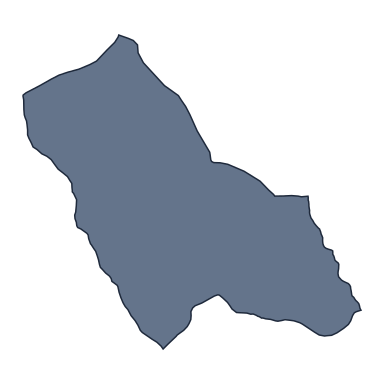 the district of Ngatshang, Mongar, Bhutan
{"feature_id": "84629894B52428030855326", "entity_name": "Ngatshang", "entity_type": "district", "adm_level": 2, "iso_a3": "BTN", "parent_name": "Bhutan", "parent_adm1": "Mongar", "projection": "albers", "projection_center": [91.33, 27.328], "detail": "fine", "context": "isolated", "style": "filled", "palette": "slate", "viewbox_px": 384, "rotation_deg": 0, "n_neighbors": 0, "source": "geoboundaries", "source_scale": "gbopen_adm2", "svg_char_len": 2873}
<svg xmlns="http://www.w3.org/2000/svg" viewBox="0 0 384 384"><path d="M308.0,196.2L301.4,196.8L298.1,196.1L291.6,195.6L283.4,196.0L274.7,196.1L273.6,194.5L268.5,189.9L260.1,181.2L244.0,171.2L227.8,164.3L220.2,162.8L213.7,162.6L211.6,161.5L210.8,159.9L210.1,154.6L209.7,152.2L197.2,131.0L189.9,114.7L185.7,106.6L181.3,100.2L178.4,95.6L164.4,85.6L143.4,62.8L138.1,52.9L137.5,44.9L133.3,40.5L128.1,38.3L119.8,35.4L118.8,35.0L118.1,37.1L114.7,42.4L107.3,49.7L96.5,61.1L89.8,64.6L78.8,69.2L68.1,72.1L59.1,75.1L51.5,79.0L39.1,86.0L26.2,92.7L23.2,95.0L23.0,96.0L23.7,99.9L23.9,109.8L24.3,114.9L25.2,117.8L26.5,120.9L27.0,124.3L27.6,130.0L27.6,134.9L28.8,138.0L31.2,142.7L33.1,147.0L37.0,149.5L41.8,153.8L46.8,156.2L51.2,159.6L52.7,161.7L55.0,164.9L58.1,169.1L61.7,171.9L67.5,176.6L69.8,180.4L71.8,183.4L72.0,187.7L72.3,190.4L72.3,191.9L73.6,193.4L76.6,199.7L76.3,205.8L75.7,212.1L74.7,215.1L75.0,218.6L76.4,222.5L76.5,223.7L76.8,225.8L77.7,227.5L80.9,229.0L86.9,233.3L88.1,234.9L88.7,238.7L90.5,243.8L91.3,244.7L93.8,248.6L95.7,251.3L97.3,255.9L98.5,259.8L99.5,264.5L100.4,267.4L102.0,269.0L105.7,273.1L108.0,274.9L109.5,276.1L111.2,278.6L111.9,281.4L113.6,282.6L117.2,285.3L117.9,286.7L119.1,292.3L121.0,297.9L122.9,302.4L123.4,303.4L125.2,306.5L127.9,309.6L131.1,315.7L135.1,320.6L137.9,325.1L139.9,329.4L140.3,330.3L142.3,332.5L148.0,336.4L152.2,339.3L156.9,342.2L161.1,346.1L163.1,349.0L168.0,344.1L176.1,336.4L177.2,335.0L183.7,330.3L187.2,326.6L189.0,323.6L190.8,319.6L191.1,315.6L190.9,311.6L192.7,307.9L195.2,305.7L201.9,303.0L214.4,296.0L217.9,294.8L219.4,295.2L222.6,297.8L227.5,302.4L230.0,305.9L232.0,309.0L236.5,312.5L239.2,312.7L243.7,312.9L247.0,313.1L250.7,314.2L253.2,314.0L256.3,315.3L257.9,316.3L259.2,316.6L261.6,318.1L262.9,318.0L265.6,318.8L270.7,319.4L275.7,320.9L277.9,321.2L281.8,320.5L285.0,319.7L289.5,320.2L293.9,320.8L299.8,322.7L302.4,324.1L309.2,328.6L314.6,332.2L319.2,335.0L324.5,336.0L326.9,335.7L331.6,335.3L337.0,332.8L343.7,328.3L348.4,324.4L350.7,320.8L352.6,315.6L354.3,312.8L356.3,311.7L361.0,310.2L360.0,308.4L359.4,305.5L358.7,303.5L357.1,301.7L355.8,300.5L354.8,299.1L353.8,297.4L352.0,295.8L351.7,294.6L351.2,291.1L350.7,288.7L350.5,286.6L349.5,284.8L348.2,283.5L345.5,282.3L343.6,281.4L341.5,280.1L339.9,278.3L338.6,276.8L338.3,275.3L338.0,273.7L338.1,271.6L338.6,268.8L338.7,266.2L338.8,264.4L338.3,263.1L336.1,261.3L335.1,260.4L334.7,259.3L334.3,257.5L333.6,255.6L332.8,254.4L332.8,252.6L332.7,250.9L331.5,250.1L328.4,249.2L326.0,248.3L324.4,247.1L323.5,245.5L322.9,243.7L322.7,242.0L322.6,239.8L322.7,237.8L322.0,235.9L321.2,234.2L320.5,231.4L319.9,230.1L319.6,229.1L318.3,228.0L316.2,225.7L314.2,223.2L312.8,220.6L311.0,218.0L310.5,216.5L309.7,214.0L309.5,212.3L309.6,210.4L309.2,208.1L308.9,205.9L308.9,204.2L308.7,202.4L308.6,201.3L308.2,200.3L308.2,197.5L308.0,196.2Z" fill="#64748b" stroke="#1e293b" stroke-width="1.5"/></svg>